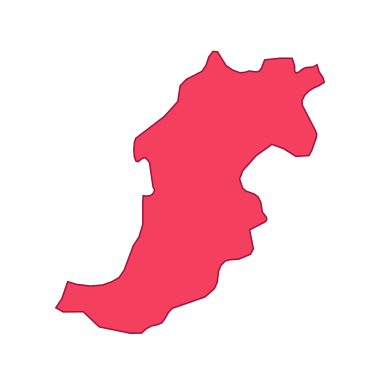 map outline of Como (Robinson projection), rotated 191°
{"feature_id": "ITA-5452", "entity_name": "Como", "entity_type": "Province", "adm_level": 1, "iso_a3": "ITA", "parent_name": "Italy", "parent_adm1": "", "projection": "robinson", "projection_center": [9.13, 45.942], "detail": "fine", "context": "isolated", "style": "filled", "palette": "rose", "viewbox_px": 384, "rotation_deg": 191, "n_neighbors": 0, "source": "natural_earth", "source_scale": "10m", "svg_char_len": 1525}
<svg xmlns="http://www.w3.org/2000/svg" viewBox="0 0 384 384"><g transform="rotate(191 192 192)"><path d="M84.1,250.1L96.8,246.8L110.3,252.0L122.7,254.0L135.9,240.0L146.2,222.7L147.8,214.0L143.1,205.5L139.3,203.3L130.2,201.8L126.2,199.8L122.5,195.0L119.1,185.7L114.6,181.8L113.7,180.5L113.4,179.2L113.7,177.9L114.6,176.6L128.2,165.8L120.9,147.9L122.7,142.1L133.3,135.0L142.3,132.6L146.2,130.6L149.5,125.8L150.8,119.5L150.0,108.0L151.6,101.4L159.2,91.5L189.2,74.0L189.4,73.7L192.4,68.7L194.3,62.8L196.6,57.8L201.1,54.9L206.0,52.9L210.8,49.1L214.5,43.9L225.7,41.6L257.4,41.9L275.9,53.7L295.6,49.7L303.6,52.4L299.4,62.4L296.9,80.3L287.9,79.3L278.2,80.0L273.8,80.3L262.1,83.6L253.5,88.7L247.2,94.2L243.6,102.7L239.4,128.1L235.4,137.9L234.1,150.9L238.1,171.5L239.3,179.1L236.5,179.2L233.2,180.1L230.5,182.0L229.2,185.2L229.3,186.9L229.8,187.8L230.6,188.6L231.3,189.8L239.5,213.1L244.2,216.7L247.0,215.8L250.7,211.4L252.9,211.6L255.3,215.6L257.2,222.5L258.0,229.5L257.5,233.9L233.5,261.0L223.2,278.2L223.9,294.0L218.9,301.7L205.3,312.3L202.4,319.1L201.2,328.0L198.3,334.0L193.7,334.5L182.8,322.7L175.2,319.4L167.5,318.2L162.4,319.8L159.1,321.7L151.7,322.2L148.9,323.6L147.3,327.4L145.9,335.6L131.6,340.0L119.2,342.4L115.3,335.3L114.3,330.1L112.6,328.6L110.1,330.1L106.9,333.8L103.9,335.9L96.9,337.9L93.5,340.8L90.1,334.2L85.2,329.2L83.1,325.0L87.9,320.4L92.4,317.4L96.7,313.3L100.0,308.2L101.4,302.5L100.1,298.0L82.3,275.5L80.5,272.4L80.4,268.8L82.4,255.4L84.1,250.1Z" fill="#f43f5e" stroke="#9f1239" stroke-width="1.5"/></g></svg>